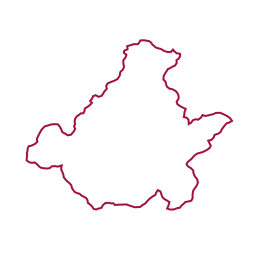 Conselheiro Lafaiete, Minas Gerais, Brazil, rotated 84°
{"feature_id": "56859067B86519251311991", "entity_name": "Conselheiro Lafaiete", "entity_type": "district", "adm_level": 2, "iso_a3": "BRA", "parent_name": "Brazil", "parent_adm1": "Minas Gerais", "projection": "robinson", "projection_center": [-43.793, -20.669], "detail": "fine", "context": "isolated", "style": "outline", "palette": "rose", "viewbox_px": 256, "rotation_deg": 84, "n_neighbors": 0, "source": "geoboundaries", "source_scale": "gbopen_adm2", "svg_char_len": 3039}
<svg xmlns="http://www.w3.org/2000/svg" viewBox="0 0 256 256"><g transform="rotate(84 128 128)"><path d="M54.7,75.1L56.8,77.3L56.6,80.6L55.2,84.0L52.8,87.1L51.6,90.4L50.6,92.3L48.9,93.7L47.2,95.3L45.3,96.2L43.9,97.8L43.2,100.2L42.4,102.9L42.2,106.5L44.2,107.9L45.7,109.5L45.2,113.6L46.0,117.2L46.5,120.2L49.7,120.2L50.7,123.6L52.7,124.3L55.1,121.9L57.6,123.1L60.2,125.6L64.1,125.9L66.6,125.5L69.3,126.9L71.6,129.8L75.3,130.9L78.2,133.3L79.6,136.8L80.3,139.7L81.6,143.7L83.9,145.3L86.7,144.9L89.2,147.7L91.2,149.1L93.3,150.9L93.9,154.0L92.0,156.8L92.7,159.4L95.2,160.8L97.1,162.8L99.1,161.2L101.5,163.9L103.0,166.5L104.1,168.9L106.7,169.5L108.7,170.9L108.5,173.2L109.8,175.4L111.1,177.7L113.0,179.4L115.4,180.3L119.1,180.4L120.8,181.5L123.3,180.6L125.9,182.4L128.7,185.4L129.0,188.6L127.1,191.1L125.1,193.8L122.0,194.7L119.6,195.6L117.0,197.4L116.5,200.4L116.4,203.6L117.1,207.3L117.6,210.4L118.9,212.1L120.8,214.3L123.9,216.4L126.6,218.2L129.4,219.8L132.1,219.6L134.0,221.9L135.4,225.6L135.8,228.7L138.2,230.0L140.7,230.5L142.6,231.3L144.8,231.2L146.8,231.7L149.6,232.2L151.8,229.8L152.6,227.1L152.5,224.4L154.6,222.2L156.6,220.7L158.3,219.0L159.3,215.7L159.9,212.3L159.7,209.9L158.2,207.9L158.2,204.9L159.1,201.8L158.3,197.8L160.3,198.5L162.4,198.8L164.8,197.9L167.5,197.2L170.4,197.0L172.6,195.6L174.6,194.1L176.8,191.9L178.9,190.4L181.9,190.0L184.1,188.9L186.1,187.6L187.4,185.5L188.3,183.1L190.5,181.1L192.0,178.7L193.4,176.8L195.3,175.9L198.3,175.7L200.2,173.6L202.6,171.7L204.9,170.6L205.7,168.3L205.1,166.0L204.6,162.7L202.0,160.9L200.2,158.2L200.4,155.1L201.2,152.8L201.3,150.5L203.2,149.0L203.3,145.2L203.6,141.0L203.9,137.4L205.2,134.8L206.5,131.9L207.6,129.2L207.7,126.4L207.7,123.9L206.3,121.9L204.8,118.7L202.6,116.3L200.9,114.3L198.8,111.0L197.5,107.9L195.2,106.7L192.9,104.9L194.5,102.4L197.1,101.8L200.4,101.0L202.2,99.5L203.9,97.2L206.0,94.5L209.2,95.8L212.2,97.5L213.5,94.7L213.8,91.1L212.8,87.1L212.8,84.9L210.8,82.9L209.2,80.6L207.6,78.7L207.4,75.9L206.9,72.6L204.6,71.1L201.5,70.8L199.0,70.3L196.8,69.5L195.1,68.0L193.4,66.4L191.4,65.1L189.4,64.2L186.2,64.5L184.0,66.0L182.0,67.0L179.6,67.6L176.9,67.6L174.4,69.8L172.6,72.1L170.3,73.6L168.4,72.5L167.0,70.6L165.5,68.2L163.9,66.5L162.3,64.7L160.7,62.0L160.3,59.7L159.8,56.4L158.8,53.7L157.5,50.7L156.0,48.5L154.1,47.5L151.8,48.5L149.0,49.5L148.5,46.2L146.4,43.8L143.9,42.6L143.1,38.9L141.6,36.2L139.3,35.0L136.9,32.8L135.1,31.1L133.6,29.3L133.2,27.1L131.8,23.8L128.7,25.6L126.2,28.5L124.3,31.6L122.5,34.7L122.2,39.0L123.2,42.2L123.5,44.9L123.9,47.1L124.1,50.0L122.9,52.5L125.3,54.4L127.0,57.2L126.4,60.2L127.0,62.5L129.5,64.9L130.4,67.2L128.0,67.0L126.0,67.0L124.0,68.5L122.8,71.4L120.6,70.6L117.7,70.0L115.1,68.6L113.0,72.0L111.2,74.5L109.6,76.3L106.9,76.9L104.4,74.8L101.8,74.3L99.1,74.9L96.4,76.5L94.3,79.4L93.1,82.8L90.9,85.0L88.5,85.6L86.0,85.8L83.5,87.7L80.1,87.1L77.7,85.5L75.9,84.0L73.6,82.2L72.8,79.7L71.7,77.5L70.8,74.7L68.5,72.8L65.5,72.6L64.3,70.3L61.9,68.6L59.6,68.6L58.8,71.7L56.5,74.0L54.7,75.1Z" fill="none" stroke="#9f1239" stroke-width="2"/></g></svg>